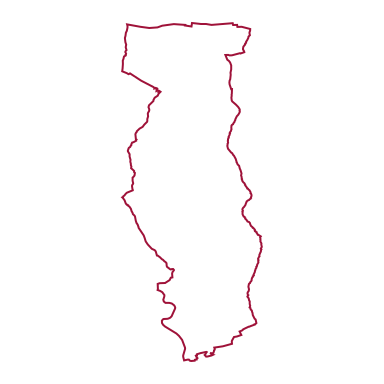 Tetoiu, Vâlcea, Romania
{"feature_id": "2599482B45871606876108", "entity_name": "Tetoiu", "entity_type": "district", "adm_level": 2, "iso_a3": "ROU", "parent_name": "Romania", "parent_adm1": "Vâlcea", "projection": "robinson", "projection_center": [23.926, 44.772], "detail": "fine", "context": "isolated", "style": "outline", "palette": "rose", "viewbox_px": 384, "rotation_deg": 0, "n_neighbors": 0, "source": "geoboundaries", "source_scale": "gbopen_adm2", "svg_char_len": 6019}
<svg xmlns="http://www.w3.org/2000/svg" viewBox="0 0 384 384"><path d="M232.0,343.8L231.8,341.9L231.9,340.8L234.0,337.0L236.9,336.5L241.3,335.0L239.6,331.5L242.0,330.5L242.7,330.0L243.1,329.4L245.3,328.3L248.7,326.7L249.4,326.7L250.1,326.3L254.7,324.6L254.6,324.3L255.3,324.1L256.4,323.1L255.6,319.5L254.6,318.7L252.8,315.1L252.5,312.9L252.0,311.7L251.8,310.5L250.7,309.5L250.4,308.0L249.6,307.5L250.2,305.8L249.7,304.0L249.7,301.3L249.1,300.4L248.7,298.3L247.4,296.7L248.3,295.2L247.8,294.9L247.8,294.4L247.5,293.4L247.7,292.4L248.7,291.0L249.0,289.2L248.4,286.8L248.9,284.0L249.3,283.5L250.0,283.1L250.3,282.1L251.2,281.2L251.6,280.4L251.7,279.0L252.2,277.6L252.9,276.8L252.8,276.3L253.8,275.5L253.5,274.9L254.9,271.8L254.9,271.0L255.4,269.9L255.5,269.1L256.4,267.7L256.3,266.7L257.0,266.0L257.2,264.6L258.4,262.5L258.2,261.5L258.5,260.6L258.1,260.0L258.4,259.4L258.1,258.7L258.9,257.0L259.5,256.4L259.3,255.1L260.4,252.4L260.8,251.8L261.1,249.9L261.4,249.4L260.8,248.7L261.8,246.9L261.3,244.5L261.4,243.4L260.4,241.5L260.5,240.2L260.3,239.5L260.5,239.0L260.1,237.4L260.8,236.4L258.5,234.9L257.8,234.8L257.4,234.1L257.3,233.6L256.5,232.7L256.6,232.2L256.0,231.9L255.5,231.2L255.0,231.2L254.7,230.7L254.9,229.8L254.6,229.4L253.2,227.8L252.7,227.8L252.4,227.1L250.9,225.8L250.3,224.4L249.8,222.8L249.0,222.0L247.5,221.5L246.6,220.0L245.4,218.9L245.4,218.3L245.0,218.1L244.6,216.9L243.7,216.6L242.6,214.4L242.5,212.7L242.7,212.0L242.4,211.6L242.9,210.7L242.4,209.7L242.5,208.9L243.2,207.7L244.0,207.0L245.4,205.0L246.0,203.1L246.4,202.4L246.6,201.5L247.8,200.5L249.2,199.9L249.6,199.3L250.7,198.6L250.7,198.2L251.1,197.9L251.0,197.2L251.5,196.0L251.5,195.0L251.1,193.8L250.5,193.3L250.6,192.3L249.5,190.3L248.3,189.3L248.0,188.7L247.2,188.5L247.0,187.7L245.6,185.9L245.4,185.1L244.9,184.8L244.9,184.1L244.3,183.1L243.3,182.3L242.3,180.9L242.3,180.2L241.8,179.6L242.0,178.9L241.7,178.5L241.6,176.9L241.1,175.5L241.5,173.4L240.5,170.1L239.8,168.6L239.1,165.8L237.6,164.4L237.0,162.8L236.6,162.4L236.6,161.9L235.7,158.9L233.9,155.6L233.2,155.0L232.2,153.2L231.1,152.5L228.0,148.7L227.3,145.9L227.6,144.9L227.5,143.9L228.1,142.8L227.8,140.9L228.0,140.5L228.0,139.1L228.8,137.6L228.5,137.1L228.7,136.6L229.7,134.7L229.6,134.0L230.0,133.4L229.7,133.0L229.8,132.6L231.0,130.9L231.3,129.5L231.5,129.2L231.3,127.9L231.5,125.5L232.1,124.8L233.1,124.2L233.3,123.4L234.4,122.1L234.4,121.7L235.3,120.0L235.3,119.4L236.8,116.3L238.3,114.7L239.6,112.4L239.8,111.6L239.5,110.6L239.8,110.0L239.5,109.0L238.2,107.0L236.0,104.7L232.2,101.4L231.7,100.3L231.4,97.6L231.7,95.8L231.6,94.7L231.8,93.9L232.0,89.1L231.2,89.2L229.6,84.4L229.4,82.6L229.6,80.7L230.2,79.3L230.7,74.8L230.5,72.7L231.2,69.4L231.2,65.4L230.1,62.5L229.0,61.0L227.3,59.7L225.4,55.0L228.2,54.9L229.6,55.4L232.0,55.3L240.0,53.2L240.5,53.5L244.3,52.2L244.1,51.3L243.0,49.4L243.0,48.6L243.4,46.6L245.1,44.6L244.9,44.3L245.2,43.5L246.1,42.8L246.1,41.7L247.1,40.3L248.3,37.9L248.5,36.6L249.9,35.2L249.5,33.4L249.5,32.3L250.1,30.8L250.2,29.0L241.7,26.8L237.4,26.9L237.1,24.9L233.1,25.0L232.7,23.2L211.5,24.9L206.1,24.0L201.0,24.0L192.0,23.0L191.5,26.5L185.0,25.5L185.2,24.9L173.8,24.1L162.2,25.7L157.5,27.4L149.3,28.0L140.4,26.8L127.1,24.4L127.5,25.9L127.5,27.6L126.8,30.9L125.9,32.7L125.5,35.8L124.9,38.0L125.4,42.2L126.2,44.7L125.7,47.2L126.5,50.1L125.7,51.0L125.3,52.0L126.1,53.7L125.8,54.7L125.5,54.9L125.7,55.5L124.0,56.5L123.4,59.1L122.8,60.6L122.9,64.0L122.6,68.3L122.2,71.3L126.7,73.1L128.4,74.1L128.7,74.2L130.0,73.4L141.2,80.7L153.7,87.2L154.3,87.9L154.3,88.5L155.5,87.9L156.1,88.2L156.2,88.7L156.5,88.7L156.8,88.3L157.2,88.5L157.3,88.6L156.7,89.7L156.5,90.9L157.4,90.5L158.4,90.5L159.3,91.0L158.9,91.5L159.9,91.4L160.5,91.8L158.6,93.7L157.7,95.7L154.7,97.7L153.5,99.9L153.4,101.0L149.0,105.3L148.5,107.2L149.2,109.1L149.3,110.1L149.0,111.2L148.1,112.7L147.8,113.7L148.1,116.4L147.3,119.0L147.3,121.0L147.1,121.8L144.3,124.6L142.6,126.9L139.6,128.6L136.8,131.3L136.6,132.2L135.9,132.9L135.4,134.2L135.9,139.3L136.3,139.5L136.1,139.7L136.2,140.7L133.5,142.2L132.1,142.6L131.3,144.4L131.3,145.2L130.7,145.8L130.2,146.9L128.9,147.8L128.5,148.5L128.3,149.5L127.9,150.3L127.9,151.3L129.6,154.2L129.6,156.6L130.5,159.8L130.3,161.8L130.8,163.5L130.9,165.3L131.4,166.5L131.1,168.2L134.1,170.9L134.1,172.1L134.9,172.9L134.5,175.5L133.7,176.6L132.6,177.6L132.6,180.8L133.2,183.3L133.0,183.9L132.2,185.1L132.0,186.0L132.4,188.8L132.8,190.0L132.8,190.3L126.9,192.7L125.7,193.8L124.4,195.5L123.2,196.4L123.1,197.0L122.3,197.4L123.0,198.1L124.6,200.3L125.7,203.3L126.4,204.3L127.2,204.7L127.3,205.1L128.2,205.3L128.3,205.9L129.4,206.6L130.9,208.8L131.6,211.2L132.5,212.7L132.9,214.1L134.5,215.6L135.0,216.5L135.8,220.8L136.6,223.2L137.2,223.8L137.4,224.4L137.9,225.1L138.0,225.8L138.4,226.5L138.6,227.8L143.7,235.4L144.7,238.1L145.7,241.4L147.8,244.5L151.8,248.8L154.6,250.1L155.3,250.8L155.8,251.6L156.9,255.5L157.7,255.6L159.9,257.2L161.9,259.2L163.0,259.8L164.4,261.3L165.5,262.0L166.5,263.2L166.7,265.9L167.1,266.9L170.1,269.2L170.9,269.5L171.7,269.1L173.1,269.0L173.9,269.9L173.9,270.3L172.5,272.1L172.1,273.6L172.4,277.4L170.8,277.7L169.6,280.1L165.1,283.0L159.7,283.2L157.7,283.9L157.9,288.8L157.6,290.0L160.1,290.9L162.3,292.2L164.4,295.1L164.3,296.5L163.3,299.7L163.8,301.5L165.5,302.9L169.4,302.9L171.8,303.5L174.1,305.3L174.7,306.2L175.2,307.5L175.1,308.5L171.6,316.3L170.2,317.7L168.5,318.5L167.5,318.8L163.7,319.0L162.9,319.4L161.9,320.7L162.0,323.0L163.1,324.8L165.0,326.5L176.4,333.5L179.0,335.9L182.1,339.9L185.0,347.6L185.1,348.8L183.2,355.4L183.2,356.8L184.1,360.4L187.7,359.6L188.9,359.6L189.7,360.6L191.1,361.0L194.7,360.7L194.9,359.8L196.7,359.5L196.7,358.4L197.4,358.2L197.3,357.6L196.7,357.4L195.9,355.8L197.0,355.4L197.0,355.1L196.6,355.0L196.8,354.3L200.6,353.1L206.3,351.9L206.7,352.1L205.7,353.5L205.3,354.5L204.7,355.0L206.1,356.6L207.6,356.5L211.5,355.5L213.0,354.8L211.8,354.4L210.2,352.8L211.9,353.4L213.4,352.9L214.0,351.0L214.0,350.4L214.5,350.0L214.8,349.1L214.3,347.6L222.9,346.3L232.0,343.8Z" fill="none" stroke="#9f1239" stroke-width="2"/></svg>